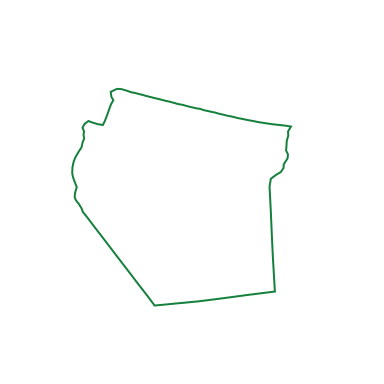 Carapebus, Rio de Janeiro, Brazil, rotated 218°
{"feature_id": "56859067B72650257323744", "entity_name": "Carapebus", "entity_type": "district", "adm_level": 2, "iso_a3": "BRA", "parent_name": "Brazil", "parent_adm1": "Rio de Janeiro", "projection": "mercator", "projection_center": [-41.619, -22.204], "detail": "fine", "context": "isolated", "style": "outline", "palette": "green", "viewbox_px": 384, "rotation_deg": 218, "n_neighbors": 0, "source": "geoboundaries", "source_scale": "gbopen_adm2", "svg_char_len": 1417}
<svg xmlns="http://www.w3.org/2000/svg" viewBox="0 0 384 384"><g transform="rotate(218 192 192)"><path d="M314.6,227.1L317.7,220.9L314.2,217.4L310.5,215.9L309.8,211.2L308.3,206.5L306.5,201.2L304.4,194.3L303.5,189.9L307.9,187.5L313.6,185.3L317.3,184.2L318.6,179.4L317.8,175.2L314.4,173.3L312.6,170.2L309.8,167.6L308.8,163.8L306.6,159.3L306.1,153.8L305.2,147.2L303.7,142.5L301.3,137.7L297.9,133.0L295.5,130.9L291.6,128.3L285.9,125.0L283.7,119.5L281.5,115.9L278.4,114.0L273.7,112.9L268.7,111.0L265.8,109.1L262.8,108.4L257.0,107.0L245.8,104.0L236.2,101.6L209.5,94.6L190.5,89.7L176.4,86.0L165.9,83.4L162.0,82.4L151.6,79.5L119.6,109.8L103.6,125.9L85.7,144.2L65.4,164.6L88.3,190.6L104.7,209.7L118.0,225.3L134.3,244.1L138.0,250.9L136.3,257.4L134.3,262.3L134.7,267.4L136.7,270.2L137.1,273.8L137.4,277.3L139.5,280.7L143.5,282.7L145.6,286.0L148.8,290.6L150.8,295.6L153.6,298.9L154.3,304.5L159.6,301.6L163.1,299.4L166.5,297.3L169.9,295.2L173.0,293.4L176.4,291.5L179.2,289.9L183.0,287.8L187.1,285.8L192.4,283.0L196.9,280.8L201.1,278.6L206.6,276.2L210.7,274.1L214.7,272.3L218.9,270.3L222.8,268.8L225.7,267.3L229.1,265.7L233.0,263.8L236.6,262.6L240.3,260.5L244.7,258.5L248.4,256.8L253.1,254.9L257.4,252.6L261.9,250.8L265.4,249.3L269.4,247.4L275.2,244.9L279.5,242.9L282.5,241.6L287.0,239.6L290.9,238.0L294.5,236.4L298.0,234.9L301.3,233.2L305.7,231.7L310.8,229.7L314.6,227.1Z" fill="none" stroke="#15803d" stroke-width="2"/></g></svg>